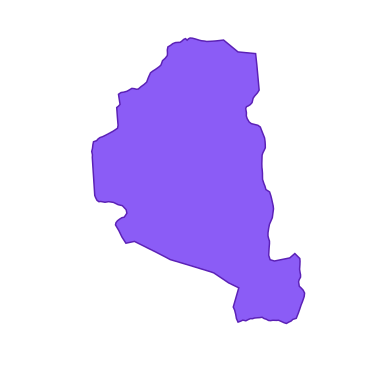 Pedro Laurentino, Piauí, Brazil, rotated 346°
{"feature_id": "56859067B37572379149767", "entity_name": "Pedro Laurentino", "entity_type": "district", "adm_level": 2, "iso_a3": "BRA", "parent_name": "Brazil", "parent_adm1": "Piauí", "projection": "equal_earth", "projection_center": [-42.251, -8.091], "detail": "fine", "context": "isolated", "style": "filled", "palette": "violet", "viewbox_px": 384, "rotation_deg": 346, "n_neighbors": 0, "source": "geoboundaries", "source_scale": "gbopen_adm2", "svg_char_len": 2632}
<svg xmlns="http://www.w3.org/2000/svg" viewBox="0 0 384 384"><g transform="rotate(346 192 192)"><path d="M158.7,76.9L155.8,77.8L153.3,78.5L149.9,78.6L147.2,78.3L144.3,79.4L143.7,85.9L143.4,89.6L141.3,91.0L139.4,91.8L137.7,101.4L136.4,109.4L135.2,112.1L130.2,113.9L121.9,116.0L118.6,116.7L116.0,116.9L113.9,117.7L111.8,119.1L108.6,119.4L107.3,122.1L105.9,125.8L104.5,128.4L104.4,131.8L103.6,134.4L96.8,171.8L97.1,174.1L97.8,177.1L99.3,178.9L101.1,179.1L105.1,180.9L108.8,181.2L113.3,183.1L117.2,186.4L121.1,188.4L123.8,193.2L123.7,196.8L120.2,200.0L117.7,200.0L115.2,200.8L112.7,201.9L110.8,203.4L109.8,205.4L111.7,211.8L112.6,216.2L113.1,218.6L114.5,222.8L115.5,225.7L124.2,226.0L137.5,237.4L141.9,241.1L151.0,249.1L154.5,252.3L167.2,259.8L190.9,274.0L193.6,275.8L199.4,282.2L205.6,289.1L214.2,296.3L204.2,313.6L204.8,316.9L204.8,321.2L204.5,325.6L205.2,329.4L208.0,329.1L210.3,328.6L213.1,330.0L215.6,329.4L218.0,329.0L220.1,329.6L222.1,329.4L224.8,329.8L227.4,330.3L229.7,330.5L231.3,332.2L233.4,333.5L235.1,335.1L237.0,335.8L239.4,336.0L242.9,337.0L245.0,337.4L247.7,339.5L249.7,341.1L251.8,342.4L254.3,341.7L256.9,341.2L259.0,340.0L262.6,339.8L264.3,337.4L265.9,335.2L268.2,331.7L270.6,327.9L272.5,325.3L274.1,322.9L275.6,320.5L276.8,317.3L276.1,314.1L274.8,311.7L273.3,309.4L273.7,304.9L274.8,303.0L276.7,300.9L277.3,298.6L277.4,296.2L277.7,293.0L279.1,288.7L280.1,285.2L280.5,282.6L276.9,276.6L270.9,279.6L255.3,278.9L251.4,276.6L251.1,272.0L252.3,268.1L253.1,265.5L254.7,260.8L255.3,258.3L255.1,255.9L255.1,253.0L255.9,249.9L257.7,245.6L259.4,242.0L260.8,240.2L263.7,236.4L266.0,230.6L267.0,228.1L267.4,225.1L267.6,218.0L267.6,214.9L267.3,210.7L264.3,207.5L264.2,204.0L263.8,201.1L263.5,196.9L264.1,194.2L264.9,190.9L265.5,187.4L265.8,185.0L266.6,181.4L268.1,176.1L268.9,173.3L270.2,171.2L272.5,168.5L273.8,166.9L274.5,164.0L275.1,160.7L275.5,157.1L275.0,153.3L274.4,148.8L274.0,145.5L272.1,143.2L266.1,140.0L264.4,137.9L263.3,134.2L263.1,131.4L264.0,128.2L264.3,124.0L265.5,122.4L267.3,122.1L269.7,121.3L271.9,119.8L274.0,115.8L275.9,114.1L279.4,111.7L281.8,109.4L285.6,84.7L287.2,73.1L270.5,67.2L259.4,52.2L251.8,51.2L248.3,50.6L242.7,49.5L240.5,48.5L238.0,47.6L236.2,46.7L234.4,45.6L231.9,44.1L229.7,42.9L227.4,42.1L225.7,42.5L224.0,43.5L222.8,41.6L220.9,41.9L218.7,43.1L216.7,43.9L214.4,43.4L212.1,43.0L209.2,43.4L206.7,44.5L203.7,45.4L202.4,48.2L201.8,51.3L201.1,53.6L198.3,55.8L195.2,57.4L192.7,61.2L190.9,62.3L188.5,63.3L185.9,64.3L183.1,65.2L180.6,66.3L177.8,69.8L176.3,71.9L174.6,74.4L171.4,76.1L168.1,77.4L164.8,79.1L163.0,78.9L161.1,77.8L158.7,76.9Z" fill="#8b5cf6" stroke="#5b21b6" stroke-width="1.5"/></g></svg>